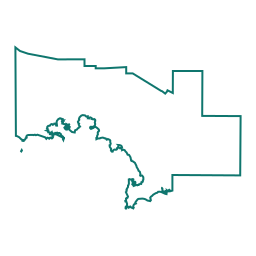 outline of Ceduna, South Australia, Australia
{"feature_id": "25037944B93610458864606", "entity_name": "Ceduna", "entity_type": "district", "adm_level": 2, "iso_a3": "AUS", "parent_name": "Australia", "parent_adm1": "South Australia", "projection": "orthographic", "projection_center": [133.706, -32.147], "detail": "fine", "context": "isolated", "style": "outline", "palette": "teal", "viewbox_px": 256, "rotation_deg": 0, "n_neighbors": 0, "source": "geoboundaries", "source_scale": "gbopen_adm2", "svg_char_len": 5852}
<svg xmlns="http://www.w3.org/2000/svg" viewBox="0 0 256 256"><path d="M15.9,135.9L17.2,136.2L19.1,137.2L21.6,139.6L22.7,139.9L22.5,140.8L23.3,141.0L23.8,140.8L23.6,140.1L25.2,139.5L25.6,138.2L26.6,137.8L26.7,137.3L26.3,136.8L26.5,136.1L27.1,135.4L28.3,135.0L32.9,134.9L33.4,135.1L34.9,134.7L35.4,135.1L36.3,135.1L37.4,134.7L45.1,137.3L46.3,138.8L47.3,137.7L48.6,138.1L49.2,138.7L49.6,138.4L49.7,137.9L50.4,137.6L51.5,138.0L51.8,138.4L52.2,138.3L52.7,137.5L52.6,136.8L53.0,137.1L53.1,136.9L52.4,136.3L52.6,135.6L54.1,134.5L55.3,134.2L56.3,134.4L61.8,137.1L62.9,137.9L63.0,138.6L63.4,138.6L63.0,139.4L63.3,139.9L63.4,139.4L64.0,138.6L64.0,137.8L63.1,137.6L63.0,136.7L62.5,136.3L61.8,136.3L61.8,135.8L61.0,134.9L60.8,134.0L59.9,133.4L59.2,133.4L59.2,133.0L57.9,133.1L57.1,132.6L56.2,133.1L55.1,132.8L54.8,133.0L54.8,132.7L54.5,133.9L54.0,134.2L53.3,134.4L52.8,133.6L52.8,134.3L52.7,134.7L52.6,133.6L52.8,133.2L53.4,133.1L52.7,133.1L51.2,133.5L50.8,134.3L50.2,134.2L50.3,134.0L50.1,133.8L50.7,132.6L50.1,132.9L48.9,132.2L48.3,132.4L47.8,131.5L48.1,131.2L47.5,130.9L47.3,130.5L46.8,130.4L47.8,129.9L47.4,129.6L47.6,128.5L47.0,128.2L47.3,127.4L47.3,126.8L48.2,125.9L49.9,125.7L50.4,124.8L51.4,124.1L52.3,124.2L52.8,124.8L53.7,124.4L54.7,123.0L54.6,123.4L55.6,123.7L56.2,125.6L57.0,125.6L56.6,122.3L56.9,120.9L58.5,118.9L59.5,118.7L59.8,118.3L60.7,118.3L61.6,119.2L62.1,118.9L62.7,119.1L62.3,120.0L62.6,120.3L63.6,120.3L63.4,120.5L63.6,120.9L61.9,121.5L62.0,121.9L62.7,122.0L63.0,122.6L62.9,123.2L62.5,123.6L64.1,124.1L65.3,124.1L65.9,124.6L65.6,126.3L64.4,127.6L64.9,128.6L66.0,129.5L66.2,129.2L67.4,129.1L68.3,127.8L68.7,127.2L68.4,126.8L68.5,127.5L68.2,127.9L68.3,126.9L67.9,127.2L67.6,126.6L67.4,126.8L67.6,127.3L67.2,127.3L67.1,127.7L66.6,127.0L66.2,127.2L66.2,126.8L66.7,126.6L67.0,125.9L68.0,125.4L67.7,124.8L68.4,125.2L68.9,124.4L69.8,123.9L69.0,124.6L68.7,125.6L69.0,126.6L69.7,125.8L69.3,126.7L69.7,127.0L69.1,128.8L69.2,129.6L72.0,132.0L74.7,132.5L75.1,130.3L77.0,129.5L77.7,128.4L78.8,127.8L79.1,127.1L80.0,126.6L78.8,124.9L78.7,124.4L79.1,123.6L78.2,122.9L77.9,121.8L79.3,119.8L78.9,119.1L79.5,117.4L81.3,115.6L82.7,115.1L85.0,115.4L86.3,116.6L87.6,116.3L87.5,117.0L88.4,117.3L88.0,118.3L89.0,118.4L89.0,118.0L90.3,117.4L91.6,118.0L92.0,118.7L91.8,119.0L93.2,119.4L94.1,119.0L94.5,119.2L95.1,119.7L95.0,120.2L95.3,120.7L94.8,122.5L95.2,124.0L94.9,125.4L94.3,126.1L92.4,127.0L90.9,126.7L90.1,127.3L90.2,128.2L91.0,128.9L93.4,127.9L94.1,127.2L95.6,126.9L97.2,128.0L98.8,129.5L99.1,130.8L98.5,131.6L98.1,131.7L97.7,132.7L97.9,134.4L97.2,135.6L97.0,137.2L96.3,137.9L96.4,139.2L97.8,138.5L99.9,138.4L100.4,138.0L102.6,137.6L103.9,137.9L104.4,138.3L105.7,138.4L106.6,139.4L106.2,140.2L107.8,139.0L109.8,139.9L110.3,140.7L110.2,142.0L110.7,143.6L110.2,145.0L109.6,145.2L109.6,145.9L109.9,147.1L111.1,148.7L110.9,150.2L111.3,150.6L111.3,151.1L112.0,151.7L112.7,151.6L113.1,150.4L114.1,149.7L114.9,149.5L115.9,149.8L116.8,149.4L117.2,148.8L117.1,148.5L117.5,148.3L117.4,147.9L118.7,147.5L118.1,146.9L118.7,145.4L118.3,145.0L119.7,145.1L121.0,145.6L121.7,146.3L122.0,147.4L120.6,147.9L120.4,148.3L121.6,148.4L121.7,149.2L122.3,149.7L122.2,150.1L123.4,149.7L124.7,150.2L125.5,151.5L126.6,152.5L127.6,154.7L128.8,154.8L129.2,155.1L130.5,157.3L131.1,160.4L131.5,160.4L131.7,161.0L132.8,161.3L134.9,162.8L136.4,165.8L136.6,166.9L138.2,169.6L138.5,170.7L139.8,171.7L140.4,173.9L140.1,175.4L140.4,175.8L141.3,175.5L142.2,175.6L143.3,177.2L143.4,179.3L143.2,180.0L142.8,180.3L142.9,181.2L142.6,181.9L141.6,182.1L141.7,182.7L141.1,183.4L141.1,183.8L140.4,183.6L139.8,184.2L138.8,184.4L138.6,185.0L137.6,185.0L137.8,185.3L137.5,185.1L137.3,185.3L136.9,185.2L135.9,184.5L135.0,185.5L134.7,185.6L135.2,184.6L134.9,184.2L134.6,185.3L133.4,185.4L133.3,185.0L133.0,185.0L132.3,184.3L132.6,183.6L133.4,183.4L133.1,182.7L134.3,182.8L134.0,182.3L134.8,182.1L135.2,182.2L135.2,182.6L135.4,182.3L135.1,181.8L133.6,181.5L133.0,181.8L133.9,182.2L133.6,182.4L132.6,181.9L132.5,181.4L132.9,181.6L133.1,181.4L132.9,181.2L133.4,181.3L132.7,180.9L132.2,180.0L133.2,179.8L133.4,180.2L133.3,179.6L132.7,179.3L133.1,179.3L133.5,179.9L133.3,179.3L134.0,179.4L132.7,179.1L130.6,179.6L129.6,179.1L128.8,179.4L128.9,183.7L128.4,185.2L128.0,185.5L128.0,187.0L126.8,188.9L126.9,189.2L126.4,190.0L126.7,190.5L126.4,191.6L125.9,192.1L128.0,196.6L127.4,197.9L126.7,197.9L126.0,198.5L126.2,199.7L126.1,200.2L125.3,200.7L125.4,201.5L126.4,201.8L127.1,203.9L126.9,206.0L126.5,206.5L125.8,206.6L125.6,207.2L125.6,208.4L125.9,208.6L126.3,208.5L126.8,206.8L127.5,206.5L128.0,206.6L128.7,207.6L129.5,206.9L129.7,207.1L130.4,206.6L131.2,207.5L133.3,208.4L133.7,207.5L133.3,207.1L133.2,206.3L133.8,204.7L134.4,204.1L135.9,203.5L135.3,202.6L135.7,201.8L137.7,199.3L138.4,198.9L142.3,198.6L143.9,198.8L145.5,199.3L147.4,200.5L150.2,201.1L150.9,200.1L150.5,199.3L150.6,198.8L150.2,197.8L150.8,196.8L152.2,195.8L153.2,194.7L155.7,193.2L157.3,192.7L158.1,191.8L159.9,191.7L161.5,192.1L165.2,193.8L166.5,194.1L166.6,193.0L165.9,193.2L165.3,192.6L164.6,192.4L163.8,191.5L162.4,191.1L162.3,188.7L161.7,188.0L161.2,187.9L161.8,187.9L162.4,188.6L162.5,191.0L164.4,191.7L165.7,191.3L165.9,191.6L165.7,191.8L164.4,192.0L165.5,192.4L165.9,193.0L166.1,192.9L166.0,192.3L166.6,191.5L166.1,191.7L165.7,191.2L165.7,190.9L166.2,190.9L166.0,191.3L166.3,191.6L166.5,191.3L167.5,191.2L167.3,190.6L167.7,190.9L168.4,190.4L168.4,190.8L168.8,190.5L168.9,190.1L169.4,189.9L169.6,190.1L169.0,190.3L168.4,191.2L167.6,191.4L170.0,191.3L172.4,190.6L172.4,175.0L240.2,175.4L240.6,116.1L202.2,115.9L202.4,71.0L172.9,71.0L172.8,93.0L167.5,90.3L166.9,91.7L165.2,93.6L162.1,91.2L161.1,90.9L132.7,73.4L126.2,73.4L126.2,67.1L104.7,68.3L95.7,68.3L95.7,66.0L84.5,66.0L84.5,59.3L57.9,59.4L28.0,53.7L20.0,51.0L15.4,47.4L15.9,135.9ZM21.3,151.4L21.9,150.5L21.7,150.1L21.1,151.2L21.3,151.4Z" fill="none" stroke="#0f766e" stroke-width="2"/></svg>